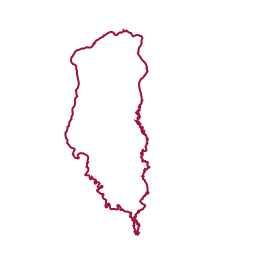 the district of Pore, Casanare, Colombia, rotated 55°
{"feature_id": "7082276B49773009508333", "entity_name": "Pore", "entity_type": "district", "adm_level": 2, "iso_a3": "COL", "parent_name": "Colombia", "parent_adm1": "Casanare", "projection": "albers", "projection_center": [-71.878, 5.684], "detail": "fine", "context": "isolated", "style": "outline", "palette": "rose", "viewbox_px": 256, "rotation_deg": 55, "n_neighbors": 0, "source": "geoboundaries", "source_scale": "gbopen_adm2", "svg_char_len": 5955}
<svg xmlns="http://www.w3.org/2000/svg" viewBox="0 0 256 256"><g transform="rotate(55 128 128)"><path d="M100.9,184.5L102.7,184.5L103.3,184.7L104.0,185.0L105.3,186.5L105.8,186.6L107.7,186.0L109.2,186.2L110.8,186.0L112.2,185.4L113.8,184.0L114.9,183.9L115.4,184.3L115.6,185.2L117.7,188.3L118.4,188.4L119.2,188.0L120.0,188.5L122.0,188.4L124.2,186.5L124.5,185.8L124.1,185.3L122.5,185.4L121.4,184.8L120.9,183.0L121.3,181.5L123.0,179.3L127.1,177.3L128.2,177.1L130.2,178.1L131.3,179.8L133.2,180.4L133.5,181.2L133.2,181.7L135.5,183.1L135.7,183.5L136.2,183.8L136.1,184.2L136.8,184.2L138.0,183.4L140.0,184.8L141.9,189.9L142.8,189.4L143.9,187.7L144.6,187.1L145.5,187.2L147.6,188.3L148.2,188.2L148.7,187.8L148.7,187.5L147.4,185.7L150.2,185.7L151.9,184.2L152.5,184.2L152.8,184.6L152.9,185.7L153.5,186.8L154.8,186.8L155.0,186.3L154.5,184.5L155.3,183.5L156.5,183.1L157.4,183.2L158.4,186.3L159.0,186.6L159.9,186.4L160.8,185.4L160.2,183.2L160.4,182.6L160.9,182.3L161.5,182.6L161.8,183.7L161.2,184.8L161.2,186.2L161.5,187.5L161.1,188.8L161.4,189.3L162.0,189.3L162.5,188.9L163.3,189.2L164.8,188.4L166.1,188.2L167.1,187.5L167.3,186.9L168.0,186.1L168.9,186.6L169.1,187.8L170.5,188.5L172.0,188.5L173.7,187.4L174.7,187.3L175.7,188.5L177.9,189.8L178.5,191.0L180.0,191.6L180.6,191.3L180.9,190.5L179.9,188.9L178.8,188.1L178.7,187.3L179.3,187.0L180.6,187.1L183.4,188.6L184.4,188.6L184.9,188.2L186.0,186.1L188.7,183.5L188.6,182.7L188.1,182.1L185.4,181.3L185.3,180.9L185.7,180.0L186.4,179.7L188.9,179.7L190.4,181.2L190.8,181.2L191.4,180.5L191.5,179.1L193.7,178.9L195.3,177.7L196.2,176.3L197.9,175.3L199.3,174.0L199.9,174.6L199.7,175.3L200.3,175.8L200.9,175.8L201.4,176.8L201.9,176.5L202.0,177.2L204.8,176.2L205.1,176.7L205.8,176.9L205.9,177.3L206.7,177.1L207.6,176.2L209.2,176.4L209.6,176.9L209.1,177.6L210.9,178.4L211.0,179.4L211.7,179.0L212.0,179.6L212.8,179.8L213.1,180.3L216.1,180.7L216.6,181.4L216.5,181.9L217.5,182.4L218.7,182.0L219.5,182.5L219.9,182.4L221.0,180.9L220.3,179.4L219.5,180.3L218.6,180.1L218.5,179.6L218.1,179.9L216.1,176.9L214.7,175.9L214.8,174.8L214.0,174.3L212.5,174.2L212.5,175.4L211.8,175.7L210.0,174.2L208.1,174.2L206.9,174.7L205.9,174.6L204.6,174.1L204.5,173.8L205.3,173.1L205.2,172.3L203.4,171.7L203.6,171.2L203.0,170.3L202.9,169.4L203.2,168.5L202.8,167.7L202.1,167.7L202.0,167.4L202.8,167.0L202.0,166.4L202.5,165.9L202.4,163.8L203.0,162.8L203.0,162.2L202.6,161.7L202.0,159.2L201.6,158.6L200.2,158.4L199.4,159.2L198.3,159.7L195.6,160.2L194.9,160.0L194.1,157.7L194.4,156.4L193.6,156.0L192.9,154.4L193.5,153.2L192.7,152.4L192.9,151.5L191.9,150.5L191.9,149.8L192.7,150.1L193.0,149.7L193.1,148.8L192.7,148.3L190.5,148.2L188.8,146.6L187.1,146.0L186.0,145.2L183.9,144.7L181.6,144.7L180.1,144.2L179.8,144.5L178.4,144.9L177.4,144.4L176.8,143.2L175.6,143.9L175.5,142.5L174.3,141.8L173.6,140.3L173.6,139.3L172.3,139.4L172.3,138.6L171.6,138.4L171.3,137.9L171.3,137.5L172.7,136.5L172.1,135.3L172.2,134.0L172.6,133.5L172.5,133.0L171.8,133.0L170.9,133.7L169.8,133.6L167.3,131.4L167.0,131.5L166.9,132.5L165.8,132.8L165.1,132.7L164.9,133.5L164.0,133.9L163.7,134.2L164.0,135.1L163.7,135.3L162.9,135.1L162.2,134.0L161.4,134.2L159.4,134.1L159.0,133.8L159.0,132.5L158.1,131.7L158.4,131.4L158.3,131.1L157.7,130.8L157.4,131.1L157.5,131.8L157.1,132.2L156.3,132.0L156.0,131.6L156.4,130.3L155.7,130.0L156.0,129.5L155.9,129.1L155.4,129.0L155.1,129.4L154.7,129.2L154.5,128.2L156.2,128.1L156.9,127.1L156.9,125.7L155.3,124.9L153.5,124.6L152.7,122.7L151.7,122.1L151.8,121.0L150.5,120.5L149.8,119.7L148.6,119.4L148.9,118.8L148.4,118.0L146.6,118.4L144.4,117.3L143.4,118.0L142.6,117.7L142.1,118.5L141.4,118.7L140.9,118.2L140.9,117.4L140.4,117.3L139.7,116.3L139.4,116.5L139.8,117.4L139.4,118.3L139.5,118.9L139.0,118.8L138.3,118.6L138.4,118.1L138.7,118.1L138.3,117.4L137.5,117.2L136.7,117.8L136.1,117.6L136.0,117.2L136.9,116.6L136.4,115.7L135.4,115.6L135.0,116.4L133.9,117.6L133.0,116.4L131.6,115.3L130.8,115.7L131.4,116.5L131.1,117.4L130.6,117.4L129.6,115.7L129.1,115.5L128.5,115.9L129.5,116.9L129.2,117.5L128.7,117.5L128.8,117.2L127.8,116.8L127.7,117.2L127.1,117.3L128.0,116.5L127.2,116.2L126.4,114.8L126.5,114.4L125.6,114.8L125.1,114.1L126.0,113.0L125.2,112.3L125.5,111.8L125.1,111.8L124.5,112.8L124.2,112.6L124.4,111.9L123.9,111.6L123.8,111.1L122.7,111.0L122.7,111.7L121.6,112.5L120.1,112.7L119.9,112.1L121.1,110.9L120.8,110.4L120.0,110.7L119.3,110.1L119.5,109.7L120.0,109.8L120.1,108.5L119.0,108.5L119.0,107.3L118.0,106.8L118.1,106.2L117.1,105.3L117.5,106.2L117.0,107.0L116.4,106.2L116.4,105.3L115.8,105.0L115.8,103.1L115.2,102.8L115.0,102.0L114.0,101.9L113.9,101.4L113.4,101.0L113.5,100.3L112.6,100.3L106.8,97.5L103.6,96.5L99.8,94.7L97.2,92.9L95.2,89.1L95.5,87.9L95.2,86.0L94.5,84.7L94.6,83.5L93.9,82.8L93.2,80.3L92.7,79.4L91.8,79.4L90.2,78.3L89.6,78.5L88.3,77.2L84.7,76.6L79.3,77.5L78.1,77.2L73.3,77.3L72.4,77.1L72.1,76.9L71.8,75.8L70.5,75.0L68.7,73.1L67.9,70.7L66.4,68.3L64.2,66.9L62.6,64.6L62.1,64.4L60.2,64.4L59.6,65.4L58.4,65.7L57.2,66.9L56.5,68.6L55.9,71.2L53.6,71.4L52.0,71.1L50.1,72.6L47.2,73.4L47.3,75.0L45.4,75.6L46.1,76.2L46.3,77.3L46.2,78.7L45.1,79.6L45.1,82.3L45.6,83.4L45.0,83.9L44.8,84.8L44.5,85.1L43.1,85.4L41.7,85.1L39.9,86.3L39.2,87.2L39.1,88.4L38.6,89.9L38.8,90.9L38.8,93.8L38.2,95.0L39.0,95.5L39.0,96.3L38.6,97.6L38.4,100.4L38.6,101.4L38.1,103.7L38.7,105.7L39.1,105.7L39.8,107.6L39.1,107.8L40.4,109.7L40.8,111.2L40.3,113.3L39.1,114.3L38.8,115.1L37.9,115.8L37.7,118.6L36.7,119.7L36.2,121.0L35.8,123.7L35.0,125.2L35.1,127.6L36.4,129.5L36.8,131.1L37.4,131.8L37.6,133.7L38.9,134.8L39.6,135.9L41.4,136.6L43.8,136.5L45.9,135.1L47.9,135.0L49.7,136.5L52.0,136.9L54.6,138.9L62.4,142.2L63.8,143.1L66.4,146.2L67.2,149.0L71.9,151.3L73.0,151.4L73.2,153.9L75.1,155.9L76.6,156.5L78.1,157.8L79.5,159.8L79.7,161.1L80.3,162.4L82.7,164.1L84.8,165.1L85.6,166.2L86.1,167.6L86.8,168.0L87.3,168.7L88.4,169.3L88.5,170.2L89.6,172.6L92.6,175.4L92.3,176.9L94.0,178.0L94.5,179.0L95.6,179.9L95.8,181.9L97.1,182.4L97.8,183.4L100.9,184.5Z" fill="none" stroke="#9f1239" stroke-width="2"/></g></svg>